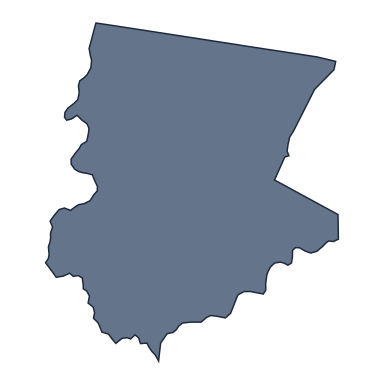 the district of Novo Santo Antônio, Piauí, Brazil
{"feature_id": "56859067B59969967736993", "entity_name": "Novo Santo Antônio", "entity_type": "district", "adm_level": 2, "iso_a3": "BRA", "parent_name": "Brazil", "parent_adm1": "Piauí", "projection": "robinson", "projection_center": [-41.944, -5.288], "detail": "fine", "context": "isolated", "style": "filled", "palette": "slate", "viewbox_px": 384, "rotation_deg": 0, "n_neighbors": 0, "source": "geoboundaries", "source_scale": "gbopen_adm2", "svg_char_len": 1826}
<svg xmlns="http://www.w3.org/2000/svg" viewBox="0 0 384 384"><path d="M158.6,361.0L160.6,343.2L167.1,333.7L173.2,332.4L176.3,329.7L178.8,326.0L182.4,323.1L190.9,322.1L201.1,322.1L206.6,317.4L210.9,315.5L217.1,316.3L225.4,317.9L230.6,313.3L233.7,305.5L237.8,295.0L243.9,291.6L250.4,291.5L256.9,292.8L263.3,294.0L265.8,290.1L265.7,284.0L266.2,279.5L266.8,275.3L268.1,271.2L270.6,266.8L274.5,263.1L280.2,262.1L284.3,263.2L287.9,265.2L291.5,263.0L292.4,257.1L292.6,250.3L295.5,247.6L299.6,247.8L305.0,251.0L310.7,253.0L316.7,251.4L322.6,246.5L325.6,243.3L328.5,241.0L333.5,241.5L338.4,239.2L338.0,214.6L330.4,210.4L274.5,180.0L284.8,157.0L288.9,155.8L287.1,151.0L288.1,144.1L289.7,137.1L293.7,130.7L312.6,93.3L314.5,89.5L334.0,69.7L335.7,61.4L316.9,56.9L243.3,45.7L238.2,44.8L217.2,41.6L112.8,25.5L95.9,23.0L90.6,42.9L89.1,48.6L90.4,55.9L91.6,60.1L90.9,67.7L87.2,74.6L84.1,77.7L79.8,80.8L78.4,85.8L79.2,92.6L77.8,99.6L74.0,103.4L67.9,108.1L65.0,112.3L64.5,117.1L66.7,120.2L71.4,119.0L77.1,115.3L82.1,120.3L86.9,123.7L88.9,128.0L88.5,133.1L86.7,141.3L81.3,144.6L79.2,148.5L75.5,153.0L71.1,159.1L71.2,164.2L74.7,169.2L78.6,171.5L83.1,172.8L86.8,173.3L92.4,174.8L94.4,180.0L97.5,186.6L97.2,191.0L93.9,194.6L90.1,200.7L84.2,203.6L78.6,204.7L75.1,206.9L70.5,210.4L64.4,208.0L59.2,209.5L54.3,215.2L50.1,221.2L52.6,227.1L50.5,233.0L50.6,238.2L49.9,242.3L48.4,246.8L49.1,254.5L48.3,258.6L45.6,262.8L49.3,267.7L52.7,272.3L56.3,277.3L63.5,276.0L69.7,273.2L73.2,276.3L78.2,275.6L82.3,278.0L83.2,284.8L83.3,288.8L86.9,291.2L89.4,296.1L88.1,303.1L93.2,307.1L94.6,312.7L93.5,318.3L97.8,322.5L99.6,326.2L101.9,332.1L108.5,334.1L112.4,339.4L115.8,343.4L122.1,338.3L127.2,337.7L130.6,339.0L135.1,334.8L138.6,337.9L140.5,343.6L146.9,343.1L149.3,347.6L151.8,351.3L155.3,355.0L158.6,361.0Z" fill="#64748b" stroke="#1e293b" stroke-width="1.5"/></svg>